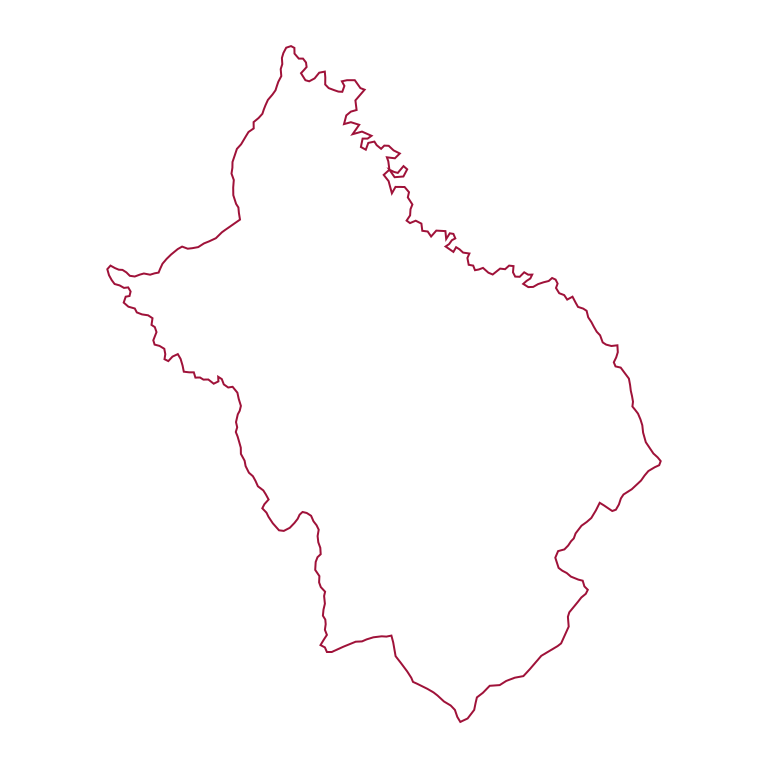 Capão do Cipó, Rio Grande do Sul, Brazil
{"feature_id": "56859067B15295514409540", "entity_name": "Capão do Cipó", "entity_type": "district", "adm_level": 2, "iso_a3": "BRA", "parent_name": "Brazil", "parent_adm1": "Rio Grande do Sul", "projection": "albers", "projection_center": [-54.601, -28.949], "detail": "fine", "context": "isolated", "style": "outline", "palette": "rose", "viewbox_px": 768, "rotation_deg": 0, "n_neighbors": 0, "source": "geoboundaries", "source_scale": "gbopen_adm2", "svg_char_len": 4915}
<svg xmlns="http://www.w3.org/2000/svg" viewBox="0 0 768 768"><path d="M107.3,269.2L109.0,275.2L111.7,280.1L114.6,284.0L119.6,285.4L124.0,287.9L128.2,287.4L130.6,291.5L129.5,296.0L125.7,296.7L123.7,302.6L128.4,306.7L134.8,308.5L136.8,312.4L142.0,314.4L148.1,315.3L152.5,318.2L151.5,324.9L154.8,327.1L156.5,332.1L153.3,340.3L154.6,344.6L159.5,345.9L164.3,348.8L165.3,354.2L164.5,359.2L168.3,361.1L172.5,356.6L177.8,354.1L180.6,358.9L182.6,365.7L183.8,371.7L189.0,372.3L193.8,372.3L195.4,377.6L200.0,377.5L203.4,379.6L208.3,379.5L213.7,383.7L218.4,381.4L218.2,376.8L221.8,379.1L223.8,384.4L228.2,387.5L232.6,386.8L237.4,392.7L238.7,398.8L240.9,405.9L239.7,410.8L237.8,414.3L236.0,422.1L237.2,427.3L235.8,432.0L237.6,436.5L239.2,442.0L240.8,447.7L240.9,453.9L244.6,460.7L245.6,466.1L248.9,472.7L252.9,476.2L255.4,480.7L257.9,486.3L263.3,490.4L265.7,494.2L268.6,499.5L264.4,504.2L262.3,508.3L266.5,512.7L268.5,516.8L272.8,523.3L279.0,530.3L283.8,530.9L289.8,527.8L294.5,522.9L297.7,518.8L299.6,514.7L302.5,512.0L306.8,513.0L311.1,515.8L313.5,521.3L316.6,525.3L318.7,529.7L317.6,536.1L318.3,542.3L320.3,547.8L320.7,554.2L317.5,557.2L315.7,561.9L315.2,569.9L319.4,576.1L319.1,582.4L320.8,587.1L325.1,591.7L324.1,596.0L324.9,603.7L323.5,609.6L322.9,615.7L325.3,619.6L325.7,624.2L324.9,629.8L326.9,634.9L323.9,639.5L320.5,645.1L324.9,647.4L326.9,652.0L331.7,652.0L343.4,646.7L355.7,641.7L362.0,641.4L366.6,639.4L373.4,637.3L381.7,636.3L386.4,636.6L391.4,635.6L393.2,642.4L395.6,656.2L400.9,663.0L407.1,671.3L411.3,677.8L413.0,681.9L417.0,683.7L427.3,688.8L433.5,692.4L437.5,695.5L444.0,701.5L450.7,705.5L454.9,709.9L457.3,716.9L460.3,721.9L467.6,718.5L474.2,709.9L475.6,702.9L476.9,697.4L482.9,692.8L489.7,685.8L499.7,685.1L506.3,680.9L514.8,677.7L523.4,676.1L529.7,669.3L541.3,655.8L557.6,646.1L561.1,643.4L563.1,639.0L568.7,626.6L567.9,616.8L569.3,612.3L577.7,602.1L581.3,597.5L585.8,593.8L587.8,589.8L584.4,586.4L582.7,580.7L578.3,579.6L570.9,576.6L566.7,573.0L562.3,570.7L558.6,567.9L555.3,557.7L558.1,551.1L564.4,549.4L568.2,545.5L571.0,541.3L573.8,538.4L575.6,533.4L581.5,525.7L586.7,522.0L591.3,518.0L595.9,510.4L599.7,502.8L603.8,505.3L612.2,511.0L615.9,509.7L618.9,504.5L620.9,498.4L623.5,494.5L631.8,489.2L641.0,480.6L644.6,475.5L648.4,471.0L654.8,467.2L659.2,465.2L660.7,461.1L657.7,457.4L653.4,453.5L645.8,442.2L644.4,437.2L643.1,432.6L642.3,425.3L640.5,419.5L638.0,413.6L635.0,409.7L632.4,406.5L633.0,401.7L632.0,396.0L630.8,390.8L630.1,385.1L628.9,378.6L624.1,372.2L620.7,367.6L615.5,366.4L613.8,362.3L616.2,357.4L617.8,352.2L617.4,345.3L611.4,346.0L606.1,344.6L602.7,342.4L600.1,335.3L596.7,331.7L593.8,326.7L591.4,322.1L588.2,317.3L586.6,310.8L583.2,308.6L578.0,306.9L575.7,302.8L572.5,296.7L567.2,299.6L564.2,295.1L559.2,293.2L556.0,288.0L557.6,283.6L555.6,279.6L552.1,278.0L548.7,281.0L543.5,282.3L538.1,284.1L533.2,286.9L528.3,287.1L523.2,283.9L526.6,280.9L530.3,278.5L532.2,274.6L528.2,274.7L524.2,272.3L519.7,276.8L515.2,276.6L513.0,272.3L513.5,266.1L509.1,265.6L505.1,269.2L500.1,268.6L492.7,274.5L488.4,272.7L483.0,267.9L478.7,269.5L475.0,270.2L473.2,265.6L468.7,264.8L467.4,258.0L469.4,253.5L463.1,252.6L459.5,249.3L456.1,247.2L453.4,251.9L445.6,246.5L449.1,244.1L451.9,240.2L455.3,238.4L453.4,233.9L449.8,233.3L446.2,239.0L445.4,231.1L436.3,230.6L431.1,236.5L427.7,231.5L422.3,230.8L421.4,223.6L415.7,220.7L410.0,223.1L406.6,220.6L410.1,215.4L410.5,209.2L412.4,204.5L407.8,197.4L409.0,192.2L404.6,187.0L395.5,186.9L391.9,193.3L388.6,181.1L383.7,174.9L389.4,169.7L388.3,161.3L386.9,157.3L394.9,158.3L399.8,153.5L393.6,150.4L388.7,145.8L384.3,145.6L381.1,148.8L376.7,145.2L374.4,141.6L368.3,142.9L365.8,149.7L360.9,147.0L362.6,138.6L367.6,138.6L371.5,135.8L362.0,131.6L352.6,134.2L359.2,124.8L350.9,122.2L344.0,124.1L346.3,115.4L350.9,111.6L356.6,110.0L355.4,100.4L364.6,89.7L360.4,88.1L354.8,80.2L347.0,80.2L341.9,81.3L344.4,85.9L342.3,91.8L338.4,91.6L334.3,90.2L328.7,88.1L325.2,84.5L325.3,77.5L324.8,71.6L319.2,72.7L314.6,78.4L309.2,81.3L305.4,80.2L301.0,73.2L303.8,70.2L306.6,67.0L306.0,62.5L303.0,58.6L298.8,58.6L294.5,53.6L294.4,47.9L291.0,46.1L286.2,47.7L283.4,53.0L281.9,58.0L282.3,64.1L280.7,69.1L281.3,76.1L278.3,81.8L276.9,85.9L275.5,90.3L272.5,94.5L267.9,99.9L265.5,105.2L263.8,109.5L262.4,113.8L258.6,118.0L253.6,122.1L253.7,128.4L248.5,132.0L246.1,135.9L241.1,144.3L236.9,148.9L234.7,155.5L232.5,162.0L232.4,167.7L231.5,173.6L233.8,180.0L233.2,187.5L233.3,195.2L236.1,203.9L238.4,207.5L238.9,212.9L240.0,219.6L225.2,229.9L221.9,232.3L215.9,238.2L209.0,241.4L204.0,243.4L198.2,247.1L192.2,248.2L187.7,248.7L182.1,246.6L177.7,249.1L171.0,254.6L166.6,258.9L162.5,263.7L160.1,268.9L158.6,272.6L154.7,273.3L150.1,274.7L143.9,273.5L139.9,274.6L134.8,276.5L129.8,275.8L126.4,272.4L122.5,269.9L118.8,269.7L115.0,268.1L110.5,265.6L107.3,269.2ZM389.4,169.7L394.6,177.2L403.4,176.5L407.2,169.3L403.5,166.1L397.8,172.9L394.2,172.0L389.4,169.7Z" fill="none" stroke="#9f1239" stroke-width="2"/></svg>